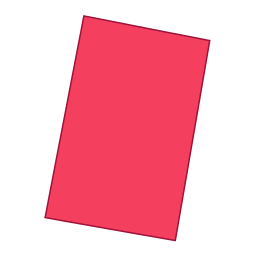 Rancul, La Pampa, Argentina (Albers equal-area conic projection), rotated 190°
{"feature_id": "61730980B63706771284544", "entity_name": "Rancul", "entity_type": "district", "adm_level": 2, "iso_a3": "ARG", "parent_name": "Argentina", "parent_adm1": "La Pampa", "projection": "albers", "projection_center": [-64.79, -35.405], "detail": "fine", "context": "isolated", "style": "filled", "palette": "rose", "viewbox_px": 256, "rotation_deg": 190, "n_neighbors": 0, "source": "geoboundaries", "source_scale": "gbopen_adm2", "svg_char_len": 417}
<svg xmlns="http://www.w3.org/2000/svg" viewBox="0 0 256 256"><g transform="rotate(190 128 128)"><path d="M62.7,228.3L65.1,228.3L109.5,229.1L144.4,229.8L190.9,230.7L191.1,219.3L191.1,215.2L191.4,198.9L192.1,154.5L192.3,139.3L193.0,96.7L193.7,50.3L194.0,28.2L194.1,25.4L193.3,25.4L169.5,25.3L99.8,25.3L61.9,25.4L61.9,27.2L62.1,82.0L62.2,108.5L62.7,228.3Z" fill="#f43f5e" stroke="#9f1239" stroke-width="1.5"/></g></svg>